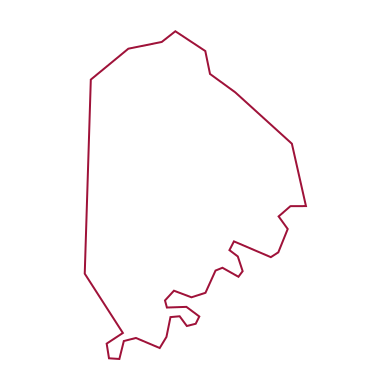 Henry, Kentucky, United States of America (orthographic projection), rotated 86°
{"feature_id": "52423323B56521650356129", "entity_name": "Henry", "entity_type": "district", "adm_level": 2, "iso_a3": "USA", "parent_name": "United States of America", "parent_adm1": "Kentucky", "projection": "orthographic", "projection_center": [-85.03, 38.466], "detail": "fine", "context": "isolated", "style": "outline", "palette": "rose", "viewbox_px": 384, "rotation_deg": 86, "n_neighbors": 0, "source": "geoboundaries", "source_scale": "gbopen_adm2", "svg_char_len": 657}
<svg xmlns="http://www.w3.org/2000/svg" viewBox="0 0 384 384"><g transform="rotate(86 192 192)"><path d="M52.3,168.9L30.5,197.4L40.2,211.7L44.6,245.5L72.8,285.1L266.0,304.7L327.8,270.8L337.3,287.7L352.1,286.4L353.5,276.1L335.9,270.4L333.7,258.1L345.4,235.1L334.8,227.6L315.3,222.2L315.1,213.0L325.3,206.5L323.7,197.5L316.7,193.4L306.2,205.6L305.5,225.1L298.3,226.5L289.2,216.9L297.0,199.9L293.5,185.6L272.0,174.0L269.7,166.9L279.8,151.6L274.5,147.0L259.5,150.8L252.6,158.7L244.2,153.6L262.5,117.9L258.2,110.1L235.6,99.1L222.4,107.3L213.0,94.8L214.0,79.3L150.8,89.0L95.6,141.9L75.5,165.8L52.3,168.9Z" fill="none" stroke="#9f1239" stroke-width="2"/></g></svg>